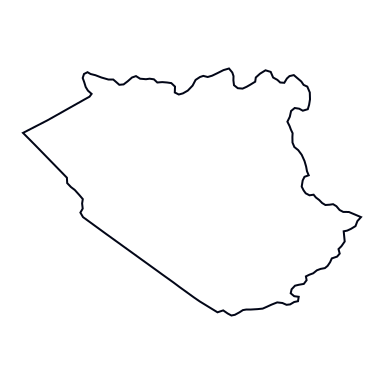 the district of Bom Jardim, Rio de Janeiro, Brazil
{"feature_id": "56859067B55012007485674", "entity_name": "Bom Jardim", "entity_type": "district", "adm_level": 2, "iso_a3": "BRA", "parent_name": "Brazil", "parent_adm1": "Rio de Janeiro", "projection": "albers", "projection_center": [-42.342, -22.206], "detail": "fine", "context": "isolated", "style": "outline", "palette": "ink", "viewbox_px": 384, "rotation_deg": 0, "n_neighbors": 0, "source": "geoboundaries", "source_scale": "gbopen_adm2", "svg_char_len": 2169}
<svg xmlns="http://www.w3.org/2000/svg" viewBox="0 0 384 384"><path d="M293.8,75.1L289.5,76.1L286.9,78.5L284.3,82.8L280.2,82.5L277.4,79.9L273.1,77.5L270.7,71.9L265.5,70.3L260.0,73.7L255.8,77.5L255.2,81.7L250.1,84.8L246.6,86.8L242.6,88.6L237.8,88.2L234.0,85.2L233.4,80.3L233.5,76.1L232.3,72.5L229.0,68.5L223.5,70.1L217.1,73.3L212.1,75.7L207.7,77.0L203.3,75.9L200.0,77.0L195.6,79.9L192.6,85.6L187.8,90.6L182.9,93.4L178.8,94.5L174.8,92.5L175.0,86.6L171.3,83.1L167.1,82.5L162.3,82.1L157.3,82.5L153.9,79.3L149.6,78.7L146.0,79.2L140.1,78.7L136.0,76.1L132.0,77.5L127.8,81.2L123.6,84.4L119.3,84.8L115.8,81.7L113.2,79.5L108.3,79.5L101.4,77.5L95.4,75.2L90.6,74.0L87.5,72.2L84.0,74.0L82.7,78.0L84.2,82.1L85.7,87.0L87.9,90.6L91.6,93.9L89.5,96.7L84.6,99.4L47.5,120.3L23.0,132.9L28.2,138.1L36.2,146.2L66.9,177.7L67.2,183.1L70.9,187.0L74.8,190.0L79.4,195.1L82.8,199.1L82.1,203.5L82.7,208.6L80.4,212.6L83.0,217.1L106.2,234.0L122.7,245.9L151.4,266.6L158.2,271.5L161.2,273.7L173.5,282.5L179.5,287.0L193.9,297.4L199.7,301.4L217.5,312.3L223.2,310.4L227.7,313.5L231.4,315.5L234.9,314.8L239.5,312.3L242.9,310.1L246.4,309.5L251.3,309.5L257.8,309.1L262.7,308.6L266.8,306.8L271.6,304.6L277.2,302.4L282.4,303.0L286.5,304.8L290.1,304.4L294.2,302.0L298.0,301.2L298.7,296.8L294.2,296.2L290.7,293.3L291.6,289.3L295.0,285.7L298.7,284.8L303.8,283.9L306.6,280.2L305.9,276.4L309.4,274.7L313.2,273.3L316.9,270.3L320.6,268.9L324.9,268.1L327.6,265.9L330.1,262.2L331.8,258.4L337.1,256.6L339.7,253.6L338.5,249.1L341.5,246.1L344.7,241.5L344.1,235.4L343.7,231.3L347.2,230.6L350.9,228.9L355.5,226.1L357.4,221.1L361.0,217.1L354.6,214.4L348.9,212.0L343.2,211.9L339.6,210.0L336.4,206.2L333.1,204.2L329.6,204.7L325.4,205.0L322.1,203.0L319.2,200.0L315.9,197.5L313.6,194.7L309.5,195.3L305.7,193.3L303.6,190.4L301.7,186.6L302.7,180.4L304.5,176.8L308.7,175.3L307.0,171.3L306.1,166.5L304.5,161.0L301.7,154.8L298.2,150.1L294.4,147.1L292.5,142.6L292.4,137.0L292.6,133.2L290.9,129.6L289.6,126.1L287.4,121.7L289.8,116.8L291.1,111.0L294.7,108.0L299.2,108.7L302.8,110.7L307.8,109.2L309.1,104.8L310.0,99.3L309.8,92.5L307.3,86.6L303.6,84.9L301.3,81.5L297.3,78.1L293.8,75.1Z" fill="none" stroke="#020617" stroke-width="2"/></svg>